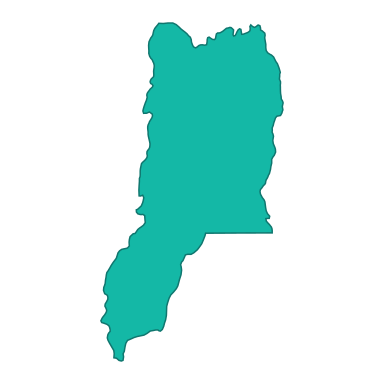 São Domingos do Capim, Pará, Brazil
{"feature_id": "56859067B64109293374612", "entity_name": "São Domingos do Capim", "entity_type": "district", "adm_level": 2, "iso_a3": "BRA", "parent_name": "Brazil", "parent_adm1": "Pará", "projection": "equal_earth", "projection_center": [-47.789, -1.928], "detail": "fine", "context": "isolated", "style": "filled", "palette": "teal", "viewbox_px": 384, "rotation_deg": 0, "n_neighbors": 0, "source": "geoboundaries", "source_scale": "gbopen_adm2", "svg_char_len": 4567}
<svg xmlns="http://www.w3.org/2000/svg" viewBox="0 0 384 384"><path d="M272.2,232.9L272.2,230.6L272.0,228.8L271.4,227.1L270.3,225.7L269.4,224.5L268.2,223.3L266.3,221.1L265.9,218.6L267.6,218.4L269.2,218.4L269.7,216.2L267.5,213.7L266.2,210.8L265.6,207.4L265.3,205.0L264.9,201.9L264.2,200.1L262.3,197.6L260.5,194.2L260.0,191.6L260.4,189.6L261.7,188.1L263.5,185.5L264.7,184.5L265.5,183.1L265.7,181.5L266.2,179.8L267.1,178.4L267.8,177.0L268.5,175.1L269.4,173.6L270.5,169.4L270.9,166.4L271.7,163.1L271.7,159.3L272.8,157.2L274.3,155.2L275.6,152.1L275.4,149.2L274.9,147.5L273.3,143.7L272.8,140.4L273.5,136.2L272.9,133.9L272.1,132.2L272.3,130.4L272.2,127.9L273.2,125.5L273.8,122.8L274.7,120.3L275.5,117.9L276.9,116.2L280.5,115.5L281.9,113.0L282.3,111.4L282.9,109.9L282.6,108.2L282.3,106.6L283.1,102.9L282.6,101.2L281.3,99.0L281.1,96.5L280.6,93.6L280.5,91.9L280.4,89.1L280.4,87.1L280.3,85.0L280.5,83.4L280.5,81.7L279.4,79.1L279.7,76.3L279.7,74.2L280.3,72.4L279.0,67.9L277.4,63.7L275.9,61.6L273.6,57.0L271.4,55.0L269.9,54.3L267.7,52.8L266.2,50.6L265.8,47.7L265.8,44.3L265.0,39.7L264.7,37.8L265.1,35.2L264.8,33.2L262.1,30.8L260.6,30.0L260.5,27.9L259.9,25.7L258.1,25.0L255.8,26.8L254.3,27.4L252.3,26.3L250.8,24.9L249.9,26.5L250.2,28.3L250.0,30.7L248.7,31.9L247.5,32.6L245.9,33.2L244.5,33.7L243.3,34.2L241.7,34.3L241.3,31.9L240.9,29.4L239.6,28.8L238.2,29.8L236.9,32.0L236.1,33.9L235.2,35.5L233.7,36.0L233.0,34.6L233.3,32.6L233.6,30.0L232.5,28.8L231.1,27.6L229.8,27.4L228.5,27.9L226.4,28.3L224.8,29.6L223.0,31.1L221.4,32.1L220.2,32.7L219.1,33.0L217.8,32.9L216.4,33.9L215.9,36.2L215.5,38.5L214.5,39.6L212.5,39.4L210.6,38.2L209.1,37.1L207.7,37.7L207.2,39.5L207.1,41.8L206.6,44.7L204.7,45.2L202.5,44.8L200.5,44.9L198.9,45.5L197.1,47.0L195.6,47.9L193.6,46.9L192.7,45.4L191.5,42.2L191.2,39.5L190.3,37.2L188.6,35.8L187.0,33.8L185.0,32.1L182.9,30.5L180.9,28.9L179.1,27.1L176.2,24.6L172.8,23.0L168.1,23.0L163.3,23.5L158.8,23.3L157.9,24.6L156.2,26.6L154.8,28.4L153.7,30.7L153.2,33.0L152.8,34.9L152.0,36.4L150.7,38.1L149.0,41.8L148.6,45.3L148.7,48.2L148.9,50.8L148.8,53.4L149.6,56.2L150.9,58.4L152.1,59.6L153.0,61.7L153.7,63.2L154.2,65.2L154.2,66.9L153.6,71.1L153.8,74.9L153.6,76.7L151.3,78.9L150.5,80.3L150.1,81.9L150.7,83.5L151.9,84.1L153.0,85.6L152.4,87.1L151.2,88.2L150.2,89.1L149.3,90.4L148.2,91.8L147.2,93.4L146.8,95.1L147.2,97.3L146.3,100.6L145.4,102.7L144.0,106.7L143.3,109.1L142.9,111.0L143.6,113.3L146.7,113.2L148.2,112.5L149.5,112.0L151.0,113.2L152.2,114.0L152.5,115.8L152.0,117.6L150.7,119.8L149.5,121.6L149.0,123.1L148.1,124.9L147.7,126.7L147.7,128.4L148.1,132.1L148.1,134.3L148.4,136.4L149.6,141.6L150.0,143.7L149.9,145.8L149.6,147.6L148.8,149.1L147.7,150.4L147.0,151.7L146.9,153.8L147.3,155.6L147.0,157.4L145.9,159.1L144.8,160.3L143.5,161.5L142.5,162.4L141.5,163.6L140.8,166.9L140.4,168.8L140.2,170.9L140.2,174.8L140.1,176.5L139.4,178.5L139.4,181.4L139.1,186.0L138.9,190.0L139.1,195.9L140.6,196.0L142.7,195.2L143.8,197.7L143.2,200.7L142.7,202.6L141.3,205.9L139.6,207.5L137.5,209.4L136.3,209.8L136.4,212.0L137.8,213.8L139.7,214.4L141.1,214.6L142.9,214.4L144.7,215.6L145.0,220.0L145.3,222.5L143.5,225.2L141.4,226.8L139.6,228.0L137.8,229.5L137.0,230.7L135.2,233.4L133.1,233.8L130.1,236.6L129.4,239.3L129.1,242.1L129.3,246.0L127.5,248.0L126.2,248.4L123.7,248.9L121.6,249.4L119.5,250.9L118.0,252.9L117.3,255.2L116.3,258.3L113.2,262.4L111.1,265.6L109.8,268.0L109.0,269.3L108.2,270.7L106.9,272.5L106.4,274.5L106.0,277.5L105.5,280.1L105.2,283.4L104.5,285.6L103.8,287.3L103.5,290.3L104.7,293.7L106.3,294.6L107.4,295.4L107.9,297.4L107.8,299.3L106.3,302.2L105.2,304.0L104.9,306.1L106.0,308.3L106.7,310.2L106.3,312.1L105.4,313.7L104.4,315.2L103.2,316.6L102.1,318.2L100.9,320.8L101.7,322.5L104.2,323.3L106.9,324.3L108.8,325.7L109.5,327.1L110.1,329.3L110.2,331.3L108.6,333.2L107.8,334.9L107.3,337.9L108.0,340.2L109.5,343.1L113.8,350.5L114.2,353.7L113.9,357.8L116.5,358.2L119.0,360.4L121.3,361.0L123.0,360.4L123.6,356.8L123.1,353.8L124.3,351.3L125.0,346.9L125.8,343.4L127.5,340.4L131.5,338.7L134.1,337.5L137.3,336.5L144.0,335.1L146.9,333.5L149.1,331.9L150.3,331.0L153.4,330.5L155.7,330.0L157.9,330.0L159.0,330.8L160.4,331.1L162.3,329.5L163.7,326.3L164.5,323.1L165.6,319.9L166.4,315.3L166.7,306.3L167.7,302.5L169.1,298.2L170.8,294.9L173.5,292.1L176.3,288.7L177.8,285.9L179.5,279.5L181.0,274.8L181.6,270.2L181.2,266.9L180.6,264.7L181.7,261.9L182.9,260.7L184.6,256.9L185.4,254.9L187.6,254.3L191.1,254.3L193.8,252.8L197.3,249.8L198.7,248.0L200.1,246.1L201.8,243.6L203.6,239.3L205.0,235.7L205.6,233.2L239.2,233.0L240.5,233.0L272.2,232.9Z" fill="#14b8a6" stroke="#0f766e" stroke-width="1.5"/></svg>